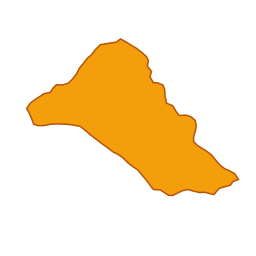 outline of Davios, Cyprus, rotated 74°
{"feature_id": "46923920B64844622441299", "entity_name": "Davios", "entity_type": "district", "adm_level": 2, "iso_a3": "CYP", "parent_name": "Cyprus", "parent_adm1": "", "projection": "equal_earth", "projection_center": [33.916, 35.414], "detail": "fine", "context": "isolated", "style": "filled", "palette": "amber", "viewbox_px": 256, "rotation_deg": 74, "n_neighbors": 0, "source": "geoboundaries", "source_scale": "gbopen_adm2", "svg_char_len": 1242}
<svg xmlns="http://www.w3.org/2000/svg" viewBox="0 0 256 256"><g transform="rotate(74 128 128)"><path d="M74.6,208.2L77.2,215.1L81.3,220.0L84.0,219.4L86.6,218.8L93.0,218.0L98.3,217.6L100.9,213.9L102.4,208.6L103.2,200.4L104.3,195.9L105.8,191.0L107.3,186.8L108.8,182.5L113.3,173.5L120.1,168.6L124.2,166.1L128.4,162.9L134.0,158.8L141.9,152.7L146.8,149.0L151.0,144.5L155.1,141.2L161.5,137.6L167.1,133.5L170.9,130.2L180.3,126.1L184.8,124.1L190.5,122.1L194.2,120.4L196.5,113.9L203.7,107.8L205.2,103.7L204.0,97.2L203.3,92.7L203.6,87.4L206.7,82.5L209.7,77.2L210.8,72.3L215.7,63.7L211.2,57.2L211.2,49.8L211.2,45.3L208.5,42.1L207.8,36.0L201.4,38.0L196.5,42.9L193.9,46.2L189.0,49.8L181.8,53.1L177.7,54.7L172.0,58.8L163.8,66.2L159.2,68.6L154.7,67.4L149.5,64.1L144.6,61.7L139.3,61.3L134.8,64.1L131.8,68.2L129.9,75.5L125.4,77.2L119.0,78.8L114.8,84.1L108.4,83.7L100.9,82.1L96.4,82.5L93.0,86.6L91.1,91.4L84.7,92.7L80.2,89.8L73.8,92.3L68.9,89.8L64.4,90.6L58.0,94.7L53.1,98.4L48.6,102.9L45.6,105.3L40.3,110.6L42.2,115.5L41.4,121.6L40.3,131.8L44.1,138.4L47.5,142.9L49.7,147.8L53.9,153.5L57.2,158.4L61.8,162.5L65.9,168.2L68.5,173.1L68.5,179.2L66.7,184.9L68.9,189.0L72.3,192.7L71.9,199.2L74.6,208.2Z" fill="#f59e0b" stroke="#b45309" stroke-width="1.5"/></g></svg>